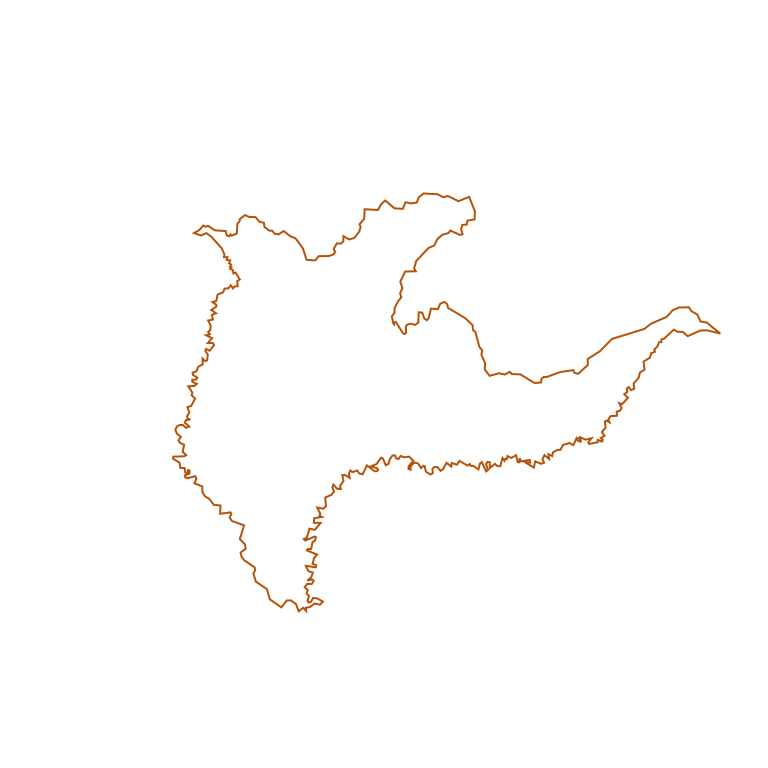 the district of Matsoku, Leribe, Lesotho, rotated 36°
{"feature_id": "5366337B96273842849421", "entity_name": "Matsoku", "entity_type": "district", "adm_level": 2, "iso_a3": "LSO", "parent_name": "Lesotho", "parent_adm1": "Leribe", "projection": "orthographic", "projection_center": [28.558, -29.136], "detail": "fine", "context": "isolated", "style": "outline", "palette": "amber", "viewbox_px": 768, "rotation_deg": 36, "n_neighbors": 0, "source": "geoboundaries", "source_scale": "gbopen_adm2", "svg_char_len": 6165}
<svg xmlns="http://www.w3.org/2000/svg" viewBox="0 0 768 768"><g transform="rotate(36 384 384)"><path d="M408.8,526.5L402.6,523.2L408.0,520.7L408.9,517.0L403.2,510.4L406.6,504.5L406.8,500.6L403.0,498.0L402.2,495.1L407.7,496.3L410.7,494.3L408.4,492.4L408.2,486.2L403.8,482.3L405.7,480.6L411.4,480.1L408.3,477.1L407.6,473.7L410.3,473.8L413.2,469.7L416.5,470.9L419.8,469.6L418.0,459.9L427.7,460.1L429.5,458.7L429.6,456.8L428.2,456.2L421.9,458.2L425.0,453.1L424.9,445.3L427.0,445.0L433.2,448.7L434.6,445.8L432.9,441.7L432.9,436.7L435.1,435.3L437.1,437.0L439.8,436.4L439.8,432.4L443.2,431.6L447.0,428.0L452.9,428.9L452.2,435.8L453.7,438.4L455.9,437.7L454.0,435.3L454.4,430.8L456.0,428.9L458.6,428.3L463.3,430.3L464.0,426.9L465.2,426.6L469.4,430.3L474.7,429.9L475.9,427.4L473.1,424.3L473.4,421.6L476.1,419.9L480.8,421.0L481.8,418.0L480.9,411.0L486.9,411.3L485.3,408.2L490.5,406.3L490.2,401.9L499.5,400.9L500.6,398.2L502.2,399.3L504.5,397.8L510.6,397.6L508.4,392.0L509.1,389.7L518.0,394.7L518.7,392.5L513.6,388.7L513.6,386.1L515.5,385.1L519.0,389.7L520.7,383.4L524.1,383.8L526.4,382.0L523.4,374.2L526.6,375.3L526.1,373.2L527.6,372.5L526.2,369.7L530.4,369.0L532.7,364.0L538.1,368.6L539.3,367.9L537.4,364.1L540.2,366.2L546.5,359.8L548.4,361.6L544.8,364.3L554.4,363.6L551.8,357.7L558.0,356.2L559.8,353.7L556.4,351.5L555.6,347.2L561.7,347.6L558.3,344.2L562.4,343.4L560.8,340.0L563.0,335.5L565.4,333.6L564.7,328.1L568.7,322.7L573.1,322.2L571.6,314.7L573.9,315.9L577.0,315.2L576.3,313.7L573.3,313.4L573.7,311.8L579.7,310.6L583.8,305.9L583.5,311.0L585.1,311.9L591.1,305.6L589.8,303.6L594.2,302.4L593.9,300.7L591.1,300.4L592.9,296.3L588.5,294.8L588.9,288.9L584.7,284.6L585.6,282.9L589.0,282.5L586.3,280.8L586.2,276.8L591.1,272.8L588.5,269.5L590.6,267.0L590.3,263.8L585.5,261.2L588.5,260.4L589.5,251.8L584.4,251.0L585.5,247.3L583.1,245.0L583.7,242.7L587.4,243.8L589.2,240.7L585.7,237.0L586.3,229.0L584.3,224.3L586.3,219.2L580.8,213.3L583.6,206.5L582.1,201.9L584.3,198.7L582.4,197.3L583.1,192.3L582.0,188.5L583.7,187.0L582.2,184.9L583.9,182.8L586.5,169.7L591.0,169.1L595.1,166.2L601.6,166.8L608.5,154.8L613.6,150.8L626.4,145.5L608.9,144.6L603.5,147.4L596.6,143.6L590.0,144.4L585.6,142.7L577.6,148.8L574.2,154.7L573.3,163.5L564.6,178.2L562.2,186.5L541.9,213.6L539.4,230.6L534.1,244.1L537.7,248.7L535.1,261.7L531.3,263.0L529.0,261.5L519.4,270.9L511.6,282.6L509.0,284.5L508.4,287.7L510.2,290.3L507.0,293.2L504.8,294.8L488.9,296.0L481.5,300.8L478.6,300.2L476.2,305.3L470.6,307.8L464.7,315.3L457.1,313.1L453.6,307.7L445.6,303.1L443.8,299.2L439.0,297.7L427.3,288.1L424.5,288.1L420.9,284.3L411.0,283.0L391.1,284.8L388.2,282.3L384.8,282.0L382.3,285.9L383.6,291.7L377.7,295.4L381.5,304.8L381.2,307.3L377.8,307.2L373.0,303.8L369.9,305.6L375.6,314.1L374.5,317.8L370.0,319.6L367.8,322.6L368.0,324.9L371.8,329.6L371.5,331.3L369.9,331.9L357.1,326.9L356.1,328.1L357.1,329.8L356.0,329.6L350.6,324.7L350.6,319.9L348.0,316.5L346.8,309.5L347.0,303.7L343.6,301.0L342.6,295.6L337.0,291.6L335.0,280.6L343.4,274.1L340.4,272.7L337.8,265.6L340.0,247.9L343.2,242.5L342.0,235.0L343.5,229.0L347.4,224.0L347.5,220.8L357.8,218.8L359.5,216.7L355.3,213.3L353.8,209.3L357.2,206.4L355.5,202.8L360.5,197.6L356.1,190.9L342.9,182.6L336.8,192.3L325.1,194.4L322.2,198.1L316.0,198.9L304.0,206.6L302.4,212.8L303.9,217.9L299.7,222.0L294.6,224.3L296.2,231.3L289.2,235.7L277.1,234.8L276.0,240.8L276.9,246.7L265.6,254.0L270.9,262.0L270.3,269.1L272.9,270.8L274.4,275.3L274.1,283.5L270.7,287.6L264.3,288.2L267.3,292.6L266.5,295.9L263.2,297.9L263.9,304.4L266.9,305.8L266.9,308.9L264.3,312.8L256.0,319.0L255.9,323.9L254.4,325.4L248.3,329.0L238.7,322.0L226.6,318.1L221.8,319.5L212.9,319.2L210.8,324.9L207.4,326.7L203.1,325.7L201.2,327.4L195.0,327.2L192.1,324.2L187.8,326.0L182.0,324.5L176.9,328.0L172.2,329.1L170.4,335.5L171.5,337.0L171.2,340.5L176.5,348.9L173.4,353.6L171.9,353.1L172.0,355.4L169.4,356.2L166.1,353.3L156.8,359.1L148.8,359.4L147.1,361.7L144.6,362.0L144.1,368.0L141.6,373.5L148.6,371.4L151.7,366.3L158.3,366.4L172.9,369.6L178.9,373.1L180.0,375.5L182.8,373.4L183.7,376.0L186.9,374.4L187.7,377.5L190.1,377.2L190.6,379.7L192.0,379.3L191.9,381.2L194.8,380.7L197.2,383.1L198.4,381.1L205.9,384.2L204.8,387.1L208.1,390.9L205.8,392.9L205.6,395.5L202.0,394.2L201.8,398.2L199.0,400.4L199.9,404.5L196.8,409.4L199.5,415.5L197.1,418.5L201.7,418.5L202.9,419.9L200.7,425.7L206.5,425.5L204.2,429.3L207.7,432.4L204.4,436.0L209.5,438.7L211.8,442.7L211.2,445.3L213.8,446.1L211.4,449.1L217.9,448.0L217.4,454.4L221.4,451.4L223.7,452.5L223.3,459.6L219.4,460.2L220.2,462.4L224.1,463.7L227.0,468.7L225.9,470.6L222.2,470.1L225.8,474.6L223.6,479.2L224.8,483.9L222.5,487.3L224.1,488.9L229.4,488.6L229.3,490.9L226.4,493.3L227.6,494.9L232.5,493.9L231.8,497.0L227.0,500.9L234.2,503.7L234.8,506.1L239.8,506.9L240.9,515.0L238.6,518.3L243.4,521.7L243.5,526.0L245.5,527.3L248.3,526.5L244.9,529.7L245.6,532.3L251.5,533.0L249.4,535.9L245.4,535.4L242.8,537.2L241.4,540.2L242.2,543.8L245.5,545.8L250.8,546.2L250.8,550.4L253.4,551.5L258.0,550.6L261.0,557.2L265.7,557.8L264.9,559.9L256.3,566.6L257.1,568.4L264.7,567.8L268.6,571.6L272.0,569.2L275.6,572.6L277.2,571.4L276.1,568.8L277.5,568.3L279.3,570.8L276.6,575.1L278.1,576.3L280.6,575.6L285.4,569.5L287.9,570.8L289.0,575.8L297.2,573.7L300.6,578.1L304.8,580.0L310.6,579.7L317.4,581.8L323.1,578.4L327.7,585.3L335.3,578.1L336.9,578.8L337.6,582.8L341.5,584.2L353.9,580.6L358.5,594.2L365.7,595.5L368.9,598.5L367.1,604.7L370.2,607.4L374.5,608.8L386.9,608.3L389.2,610.2L389.7,614.1L396.5,619.2L409.8,618.7L418.2,625.3L432.3,625.0L432.6,616.3L435.8,613.8L442.0,613.7L448.6,618.0L450.1,612.6L454.4,613.4L452.3,611.0L455.1,608.1L456.9,602.3L461.9,600.2L462.4,596.0L456.1,596.7L452.4,598.7L453.0,603.2L451.3,605.1L449.4,604.1L448.0,599.6L444.4,598.9L443.3,595.3L439.2,595.0L439.3,591.0L443.1,588.2L442.9,584.7L441.1,584.2L437.5,588.1L438.7,583.4L437.4,578.4L432.7,579.8L427.7,577.0L436.6,572.4L435.6,570.4L432.0,571.5L429.7,565.8L430.1,561.3L419.4,564.0L419.3,562.2L422.1,560.5L419.2,554.1L420.1,551.1L419.0,547.9L417.6,548.1L412.3,556.9L410.3,556.6L411.9,553.6L408.7,544.9L413.8,542.5L414.4,533.6L408.8,537.5L406.4,533.6L412.0,528.0L409.2,528.4L408.8,526.5Z" fill="none" stroke="#b45309" stroke-width="2"/></g></svg>